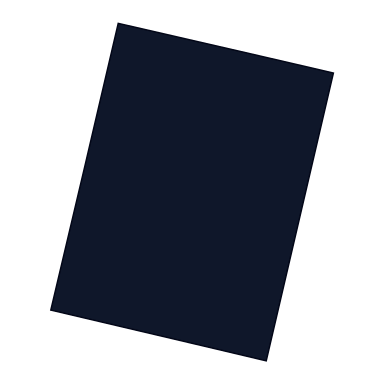 Montgomery, Iowa, United States of America, rotated 283°
{"feature_id": "52423323B65551629720369", "entity_name": "Montgomery", "entity_type": "district", "adm_level": 2, "iso_a3": "USA", "parent_name": "United States of America", "parent_adm1": "Iowa", "projection": "albers", "projection_center": [-95.156, 41.03], "detail": "fine", "context": "isolated", "style": "filled", "palette": "ink", "viewbox_px": 384, "rotation_deg": 283, "n_neighbors": 0, "source": "geoboundaries", "source_scale": "gbopen_adm2", "svg_char_len": 260}
<svg xmlns="http://www.w3.org/2000/svg" viewBox="0 0 384 384"><g transform="rotate(283 192 192)"><path d="M192.5,81.8L45.2,81.0L44.6,228.7L44.2,302.3L339.7,303.0L339.8,229.8L339.7,82.2L192.5,81.8Z" fill="#0f172a" stroke="#020617" stroke-width="1.5"/></g></svg>